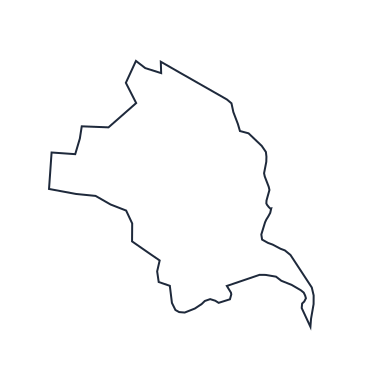 the Municipality of Jekabpils, rotated 13°
{"feature_id": "LVA-5725", "entity_name": "Jekabpils", "entity_type": "Municipality", "adm_level": 1, "iso_a3": "LVA", "parent_name": "Latvia", "parent_adm1": "", "projection": "robinson", "projection_center": [26.096, 56.281], "detail": "fine", "context": "isolated", "style": "outline", "palette": "slate", "viewbox_px": 384, "rotation_deg": 13, "n_neighbors": 0, "source": "natural_earth", "source_scale": "10m", "svg_char_len": 1206}
<svg xmlns="http://www.w3.org/2000/svg" viewBox="0 0 384 384"><g transform="rotate(13 192 192)"><path d="M225.0,121.8L233.9,122.1L249.6,131.4L255.0,136.4L256.6,140.9L257.6,145.9L258.0,157.5L259.4,160.5L265.6,169.7L267.0,172.6L266.5,183.5L267.0,186.4L268.1,187.7L270.2,189.4L272.2,190.6L272.9,190.2L272.9,194.8L271.8,198.7L270.6,202.2L270.0,205.1L269.1,217.8L271.0,222.6L277.5,224.5L282.4,225.1L291.1,227.4L295.6,228.0L302.1,231.2L318.1,246.5L330.2,258.1L333.8,265.4L335.7,273.9L336.5,288.7L337.7,296.7L325.0,280.4L324.4,275.9L326.0,273.5L326.9,269.9L325.5,267.4L323.5,264.9L320.0,263.2L310.0,260.1L299.0,258.4L292.9,255.6L282.5,256.2L276.5,257.5L247.1,275.7L252.6,281.3L253.3,282.9L253.1,288.0L242.9,294.0L239.1,292.7L233.8,292.3L229.0,295.3L226.7,298.9L221.0,304.9L212.0,311.1L206.5,311.9L202.4,310.7L197.4,304.6L191.5,288.4L179.8,287.2L175.9,277.2L175.9,266.0L163.2,261.0L144.7,253.6L140.8,236.1L132.0,224.9L115.5,222.5L98.9,217.5L79.4,220.0L52.0,221.2L46.3,185.1L69.7,181.4L70.7,165.2L69.8,152.8L96.1,147.8L117.6,117.9L103.0,100.5L107.9,76.9L118.6,81.8L135.2,83.1L132.3,72.1L153.8,78.6L205.2,94.0L210.5,96.7L214.3,104.8L221.4,115.4L225.0,121.8Z" fill="none" stroke="#1e293b" stroke-width="2"/></g></svg>